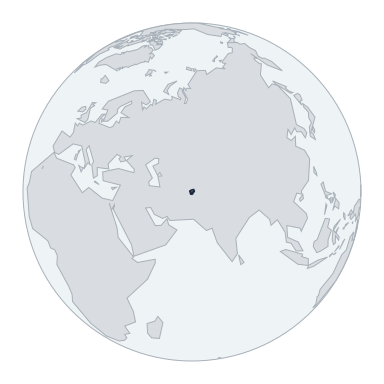 globe centered on Bamyan, rotated 352°
{"feature_id": "AFG-1743", "entity_name": "Bamyan", "entity_type": "Province", "adm_level": 1, "iso_a3": "AFG", "parent_name": "Afghanistan", "parent_adm1": "", "projection": "orthographic", "projection_center": [67.218, 34.704], "detail": "fine", "context": "on_globe", "style": "filled", "palette": "slate", "viewbox_px": 384, "rotation_deg": 352, "n_neighbors": 0, "source": "natural_earth", "source_scale": "10m", "svg_char_len": 11714}
<svg xmlns="http://www.w3.org/2000/svg" viewBox="0 0 384 384"><g transform="rotate(352 192 192)"><circle cx="192" cy="192" r="169" fill="#eef3f6" stroke="#a8b0b8"/><path d="M221.4,25.6L224.4,26.7L238.4,32.0L246.4,34.4L241.8,33.7L259.6,39.2L269.5,44.6L256.0,38.2L252.9,37.5L258.5,40.7L256.5,40.6L258.0,42.3L255.2,42.1L247.5,38.9L245.5,38.9L249.6,41.2L249.2,42.9L243.5,39.4L242.4,42.0L229.4,38.2L216.5,30.7L206.9,30.1L187.6,26.9L187.1,27.7L179.4,27.7L175.9,28.8L173.3,28.3L172.8,29.7L175.8,30.0L176.6,30.8L174.9,31.6L171.2,30.9L171.6,30.4L169.6,30.7L168.5,30.1L168.1,30.9L163.9,30.3L165.4,32.2L159.8,32.8L157.8,32.1L161.5,30.5L165.9,26.3L164.9,25.8L159.9,26.4L143.0,30.7L140.5,31.2L134.6,33.1L134.3,33.3L138.8,32.0L136.9,33.3L142.7,32.0L142.8,32.5L147.3,32.2L142.9,34.2L136.0,36.5L132.0,37.0L128.9,38.2L129.7,39.6L119.2,42.8L107.2,49.4L104.9,50.3L106.0,48.0L113.7,42.8L115.0,41.6L126.0,36.4L137.4,32.1L149.1,28.6L160.9,25.9L173.0,24.1L185.1,23.2L197.2,23.1L209.4,23.9L221.4,25.6ZM114.8,41.7L110.4,44.5L104.7,47.4L102.2,49.0L100.3,50.4L100.9,50.3L98.2,51.9L101.3,49.5L104.2,47.7L103.2,48.3L106.5,46.3L114.8,41.7ZM226.7,26.6L226.8,26.7L224.2,26.1L224.3,26.2L226.7,26.6ZM252.7,36.4L249.4,34.9L253.3,36.4L252.7,36.4ZM258.8,42.6L260.3,43.1L260.5,43.8L258.8,42.6ZM149.5,31.2L148.4,31.7L148.1,31.5L149.5,31.2ZM152.5,30.7L152.9,30.2L154.4,29.9L154.1,30.2L152.5,30.7ZM256.2,44.3L255.9,45.5L254.9,43.7L256.2,44.3ZM151.6,31.6L156.9,29.4L159.5,29.0L160.6,30.1L151.6,31.6ZM254.9,45.8L254.5,49.1L257.9,50.4L247.9,49.0L251.6,46.4L249.8,43.9L252.7,45.5L254.9,45.8ZM177.6,29.7L174.2,29.4L178.6,29.0L177.6,29.7ZM180.2,29.3L192.6,27.5L196.6,28.6L191.6,28.9L198.2,30.0L194.0,31.4L189.5,31.0L187.7,30.0L187.5,31.4L180.2,29.3ZM242.5,47.9L241.2,48.4L241.1,47.3L242.5,47.9ZM177.3,31.1L179.4,30.5L183.1,31.3L179.5,32.7L179.4,32.0L177.3,31.1ZM201.9,29.8L204.0,30.8L201.2,32.2L201.6,32.8L194.3,31.5L201.9,29.8ZM177.7,32.2L177.5,33.4L174.2,33.8L175.4,31.7L177.7,32.2ZM185.5,31.1L187.1,31.6L185.1,31.7L185.5,31.1ZM162.3,36.5L164.8,35.5L166.9,35.8L162.3,36.5ZM177.7,33.9L178.8,33.7L179.9,33.8L179.1,34.7L177.7,33.9ZM192.8,32.7L191.3,33.1L195.7,33.2L193.8,34.5L189.3,33.5L190.4,34.4L189.8,34.8L186.8,33.6L192.8,32.7ZM181.6,36.0L175.2,35.5L170.1,37.2L168.1,36.9L176.6,34.3L181.6,36.0ZM184.9,34.7L182.4,35.4L181.2,34.5L182.1,33.5L184.9,34.7ZM194.2,35.8L198.2,34.1L199.1,34.4L194.2,35.8ZM180.4,36.6L182.0,36.8L180.2,36.8L180.4,36.6ZM190.2,36.2L191.5,35.5L192.5,35.8L190.2,36.2ZM184.0,37.7L182.0,37.5L182.5,36.7L184.0,37.7ZM187.1,37.1L188.0,37.8L184.0,36.6L187.5,36.7L187.1,37.1ZM190.9,36.6L191.9,36.6L190.2,36.9L190.9,36.6ZM183.1,41.0L177.8,39.6L179.1,37.8L184.0,39.3L183.1,41.0ZM27.4,193.8L29.3,165.0L32.5,159.4L36.0,149.3L60.8,133.5L62.7,139.7L78.5,148.6L79.8,151.5L74.4,158.4L83.3,177.4L90.4,173.1L102.1,185.5L112.2,189.4L122.1,175.2L105.6,168.5L106.3,159.7L122.3,158.5L137.2,164.8L138.0,161.6L131.5,151.7L138.0,147.6L129.7,147.9L130.8,151.8L125.6,152.3L124.3,148.8L126.6,147.3L123.0,144.3L112.8,152.6L112.8,157.6L101.5,154.5L100.5,162.7L96.3,164.6L96.5,151.6L98.8,147.9L96.5,131.9L93.0,135.3L94.9,150.9L93.0,148.6L88.3,154.1L90.4,148.2L89.2,131.0L81.0,127.8L65.2,136.2L61.5,133.8L60.8,127.1L71.8,113.5L78.9,120.7L82.9,116.6L86.0,107.5L87.9,110.7L90.0,108.1L93.1,110.6L102.0,107.6L105.8,109.7L113.6,102.5L116.7,102.8L111.2,106.8L109.4,111.0L119.5,116.8L122.7,116.1L126.9,111.2L129.2,113.7L132.0,108.2L139.9,109.5L132.7,103.6L137.5,98.3L144.6,96.2L144.9,93.6L133.3,97.2L129.8,99.7L129.0,103.4L118.4,110.2L114.0,109.6L120.1,99.1L114.6,97.3L121.8,90.5L148.7,83.8L157.7,84.6L163.4,96.8L158.9,99.4L154.5,96.1L154.5,104.0L156.4,101.0L158.3,103.3L163.4,99.4L164.9,100.9L167.1,94.9L169.6,96.3L168.2,100.1L177.8,96.2L184.1,98.3L185.5,96.7L185.2,94.5L193.4,99.0L194.1,97.7L191.7,95.7L191.5,91.9L194.3,87.2L197.0,89.0L196.3,90.9L199.0,98.0L196.8,103.3L198.2,103.6L200.7,99.5L197.5,90.8L198.5,87.4L200.7,91.2L199.9,89.6L201.3,88.5L205.1,89.3L202.9,85.1L213.7,72.6L222.2,73.4L222.9,77.8L233.3,72.5L242.0,74.7L239.7,72.7L243.2,69.4L240.5,68.6L239.7,67.4L247.4,59.8L251.2,59.8L252.0,55.1L250.8,54.2L248.0,53.9L247.9,49.0L257.9,50.4L260.0,52.3L264.8,52.3L268.9,56.8L274.6,60.9L276.3,66.5L280.6,69.7L282.0,69.3L288.9,73.7L298.3,84.5L284.6,77.0L269.3,63.1L275.0,68.7L271.9,68.0L272.8,70.4L277.0,74.5L278.6,74.6L276.0,85.7L282.4,99.5L286.4,96.1L291.5,98.3L302.4,113.2L304.8,139.8L311.7,144.7L313.9,149.3L311.8,154.1L308.6,147.5L304.1,147.0L302.6,142.7L298.2,149.0L295.8,143.2L293.5,151.3L297.3,154.9L302.1,151.2L301.1,161.1L309.3,166.3L313.1,175.6L309.0,196.8L300.4,206.2L300.5,209.4L295.6,207.7L291.3,215.7L302.2,229.2L302.7,233.9L294.7,246.2L294.1,242.9L281.2,238.4L280.4,250.2L290.2,256.3L293.7,265.7L286.8,264.8L283.1,256.6L278.5,254.8L278.6,244.8L272.7,231.3L265.6,236.0L265.1,229.9L255.9,219.2L245.1,225.3L228.9,244.1L228.4,259.4L222.0,266.5L209.9,245.6L206.8,230.6L201.0,232.2L189.8,219.2L166.0,217.1L164.0,212.7L159.3,214.1L151.6,208.9L149.0,201.7L143.8,201.3L151.0,220.2L156.8,220.7L163.5,214.9L164.3,221.2L171.8,227.5L158.6,240.7L125.6,247.5L124.7,235.7L111.7,198.2L113.4,194.8L113.4,194.4L113.4,193.6L109.8,198.8L108.4,191.4L112.8,216.9L112.6,226.8L125.1,248.1L123.4,249.5L128.1,254.2L146.2,253.5L145.7,257.2L135.8,272.2L112.9,288.0L117.3,302.3L118.0,312.8L106.7,315.4L110.8,323.4L105.5,323.6L107.2,327.4L104.6,329.4L99.2,329.4L86.7,322.4L83.5,318.6L73.5,308.0L58.5,283.9L59.0,276.8L56.9,268.6L48.1,245.1L49.8,236.3L48.1,230.2L44.2,227.7L42.5,220.4L40.4,218.0L29.1,206.0L27.4,193.8ZM48.5,145.5L46.9,148.3L48.5,145.5ZM150.6,179.8L161.0,182.6L160.4,171.6L164.4,171.9L162.8,168.2L160.3,170.8L156.9,160.9L162.9,159.0L163.7,154.4L160.2,153.3L149.8,158.6L154.7,172.5L150.5,176.1L150.6,179.8ZM104.5,47.6L104.1,47.9L101.8,49.4L102.2,49.1L104.5,47.6ZM96.1,55.1L91.9,57.7L95.1,55.4L94.7,55.2L101.1,50.5L104.1,50.5L101.6,51.2L96.1,55.1ZM110.4,44.7L106.1,47.3L110.7,44.5L110.4,44.7ZM98.8,92.5L98.4,95.3L95.0,97.5L90.2,96.0L95.0,92.6L98.8,92.5ZM98.5,98.8L105.9,89.4L109.2,90.3L106.1,91.3L107.6,92.9L103.0,95.0L98.9,105.6L95.6,108.3L88.5,103.4L92.6,103.3L92.8,100.4L98.5,98.8ZM119.0,67.5L122.3,64.4L125.2,70.2L121.8,72.4L116.8,70.8L117.8,67.2L119.0,67.5ZM152.5,34.5L153.5,33.7L154.6,33.7L154.5,34.5L152.5,34.5ZM163.3,36.0L148.9,38.3L149.4,37.4L140.5,40.4L138.2,39.4L144.1,37.4L135.7,39.0L140.1,36.8L134.2,38.3L147.6,34.0L151.2,32.4L148.0,34.5L149.9,35.5L151.9,35.4L160.1,34.2L168.9,31.7L172.2,32.6L172.2,34.0L170.6,34.7L169.0,33.8L168.0,35.4L164.4,34.7L163.3,36.0ZM170.6,54.6L169.4,52.3L166.9,57.4L163.2,55.9L163.1,56.6L159.1,56.8L154.1,58.3L152.9,57.3L151.5,58.4L148.7,58.6L146.3,59.8L143.5,58.6L140.3,60.0L140.7,58.6L136.1,61.5L138.3,58.9L135.0,59.3L134.6,61.6L124.9,53.9L119.2,53.5L113.2,54.7L117.7,50.5L126.3,46.9L136.0,44.6L140.8,46.0L142.0,44.1L144.7,44.3L142.7,45.7L147.4,43.6L149.1,44.2L157.7,43.4L163.6,40.6L166.9,40.4L165.4,41.9L169.7,40.7L169.2,43.4L171.6,43.4L173.4,46.3L169.2,49.4L172.2,49.2L173.7,51.7L170.6,54.6ZM183.4,41.8L179.2,45.4L175.2,46.5L173.7,41.1L171.6,40.7L170.5,37.7L176.4,36.3L176.1,37.2L177.3,37.8L175.0,38.0L177.7,38.3L177.5,39.7L179.5,40.4L177.6,41.3L183.4,41.8ZM83.6,150.0L85.1,151.5L87.8,152.9L85.0,156.6L83.6,150.0ZM82.5,138.3L84.2,138.8L81.5,144.3L80.0,142.9L82.5,138.3ZM87.4,134.7L84.5,138.4L85.2,135.6L87.4,134.7ZM112.9,107.1L115.0,107.6L114.3,108.9L112.1,110.2L112.9,107.1ZM162.4,70.8L162.3,69.0L163.5,68.7L166.6,64.8L169.6,65.8L168.8,68.5L162.4,70.8ZM118.0,176.8L113.7,178.7L112.8,176.6L114.4,176.4L118.0,176.8ZM97.5,167.6L101.1,171.7L96.7,168.5L97.5,167.6ZM166.2,71.3L167.1,69.5L168.0,71.1L166.2,71.3ZM171.9,66.4L173.3,67.9L170.3,65.5L171.9,66.4ZM195.3,359.8L197.8,360.1L194.9,360.2L195.3,359.8ZM145.0,317.4L139.3,332.5L131.7,330.8L128.4,325.6L129.2,316.0L137.4,314.7L140.9,310.4L145.0,317.4ZM322.8,273.8L325.9,272.3L325.7,273.0L322.8,273.8ZM319.8,273.8L323.4,271.7L318.9,275.5L319.8,273.8ZM324.8,270.9L328.5,267.3L330.2,265.2L329.7,266.7L324.8,270.9ZM317.2,275.3L302.0,282.6L295.6,283.7L297.4,280.8L307.7,276.9L317.2,275.3ZM296.9,280.9L286.8,278.3L271.2,263.2L276.8,262.0L292.8,269.0L291.8,271.3L297.9,274.2L296.9,280.9ZM320.1,258.3L319.1,264.8L310.9,268.5L307.1,269.4L304.5,262.8L306.0,258.1L309.2,256.7L320.3,236.7L324.5,237.9L321.4,245.8L324.7,249.3L320.1,258.3ZM229.3,260.7L233.8,268.9L230.2,270.7L229.3,260.7ZM323.7,224.2L320.0,233.0L323.1,222.3L323.7,224.2ZM324.9,214.8L325.7,217.8L323.4,215.8L324.9,214.8ZM301.4,214.0L298.0,216.3L297.4,214.0L301.4,209.8L301.4,214.0ZM316.0,183.4L318.0,190.4L318.0,193.1L315.5,189.7L316.0,183.4ZM192.7,80.0L185.1,84.0L181.5,88.1L182.6,92.2L177.8,88.5L183.3,82.0L192.7,80.0ZM210.9,73.2L209.9,70.1L212.4,70.6L213.0,71.4L210.9,73.2ZM208.7,71.9L203.5,69.8L204.4,67.5L208.3,69.6L208.7,71.9ZM184.6,69.9L182.2,70.9L181.5,69.5L184.6,69.9ZM321.9,300.0L321.6,300.4L299.2,321.6L295.5,323.5L299.2,319.9L301.4,313.0L302.8,312.3L305.3,306.3L320.1,292.5L331.6,274.9L336.7,270.9L342.4,258.5L346.7,253.9L343.6,262.3L345.9,261.1L352.6,241.7L350.4,250.9L344.8,264.0L338.2,276.7L330.6,288.7L321.9,300.0ZM330.2,269.3L334.9,261.8L336.9,259.7L330.2,269.3ZM356.8,229.3L356.1,231.7L355.5,231.0L353.4,238.4L349.5,244.2L350.9,240.0L350.8,236.7L345.7,241.3L344.7,239.8L346.8,235.7L342.9,237.5L347.2,231.8L348.6,235.8L350.9,228.7L354.1,225.1L356.5,222.3L357.7,222.6L357.1,225.3L357.1,227.9L356.8,229.3ZM346.5,244.4L347.2,243.6L346.4,246.0L346.5,244.4ZM358.1,220.7L359.7,211.6L359.9,210.6L358.7,218.9L358.1,220.7ZM359.7,209.6L360.1,208.2L360.0,209.7L359.9,210.9L359.7,209.6ZM337.8,247.9L337.5,249.7L336.3,249.5L337.8,247.9ZM339.5,245.6L343.0,244.0L339.1,247.2L339.5,245.6ZM326.9,249.4L328.2,252.3L332.3,247.1L329.1,252.7L331.5,257.0L330.4,260.0L328.1,255.2L326.7,262.7L324.8,263.8L324.2,258.5L326.2,250.0L328.1,245.8L335.3,239.5L326.9,249.4ZM339.6,241.0L338.6,237.4L339.3,233.7L340.4,235.2L339.6,241.0ZM334.9,229.0L331.4,225.8L328.8,229.8L333.5,218.4L336.2,223.3L334.9,229.0ZM331.1,219.1L328.7,222.7L330.8,216.5L331.1,219.1ZM327.8,221.4L326.9,217.8L329.1,216.9L327.8,221.4ZM332.4,218.3L331.9,211.6L333.5,214.6L332.4,218.3ZM324.4,210.0L330.1,213.2L323.7,214.4L320.8,202.2L323.3,200.3L324.4,210.0ZM321.7,150.1L319.6,147.0L321.1,144.6L322.1,147.4L321.7,150.1ZM324.2,135.0L320.8,143.0L317.8,149.9L320.0,150.4L321.5,157.2L316.9,153.3L317.2,144.1L319.9,140.0L317.9,134.6L318.4,129.2L314.5,123.4L314.0,119.9L318.3,124.0L324.2,135.0ZM312.7,121.2L306.2,110.6L310.2,109.0L312.5,111.0L313.8,116.4L311.6,116.9L312.7,121.2ZM305.7,107.6L303.5,108.1L289.3,96.0L287.3,93.2L300.2,100.9L298.9,101.9L301.7,105.3L305.7,107.6ZM242.9,49.2L241.4,48.5L243.1,48.6L242.9,49.2ZM238.2,67.1L237.3,65.6L239.4,65.6L238.2,67.1ZM236.2,61.4L234.4,62.5L235.2,60.6L236.2,61.4ZM230.6,65.1L233.2,62.5L232.3,66.1L230.6,65.1Z" fill="#d9dde1" stroke="#a8b0b8" stroke-width="1"/><path d="M192.5,193.7L192.4,193.7L192.4,193.8L192.3,194.0L192.2,194.0L191.9,194.1L191.7,194.2L191.6,194.3L191.4,194.2L190.9,194.1L190.7,194.1L190.3,193.9L190.3,193.7L190.3,193.4L190.4,193.2L190.2,193.1L190.2,192.9L190.4,192.8L190.5,192.8L190.8,192.6L190.8,192.4L190.9,192.2L190.7,192.1L190.6,191.9L190.4,191.7L190.1,191.4L189.9,191.4L189.9,191.2L189.9,190.9L189.9,190.7L190.0,190.6L190.4,190.6L190.5,190.6L190.9,190.2L191.0,190.1L191.3,190.1L191.5,190.1L191.8,190.0L192.0,189.9L192.3,189.8L192.7,189.8L192.9,189.7L193.2,189.8L193.3,189.8L193.5,189.8L193.8,189.8L194.1,189.8L194.1,190.0L194.1,190.3L194.0,190.5L193.9,190.6L193.9,190.8L193.9,191.0L194.0,191.0L194.3,191.1L194.5,191.2L194.5,191.3L194.5,191.5L194.3,191.9L194.2,191.9L194.2,192.0L193.9,192.1L193.8,192.3L193.7,192.3L193.2,192.2L192.9,192.2L192.7,192.1L192.4,192.2L192.2,192.2L192.2,192.3L192.3,192.4L192.3,192.5L192.2,192.6L192.1,192.8L192.3,192.9L192.5,192.9L192.5,193.0L192.4,193.0L192.5,193.1L192.8,193.2L192.8,193.3L192.7,193.3L192.5,193.5L192.5,193.7Z" fill="#64748b" stroke="#1e293b" stroke-width="1.5"/></g></svg>